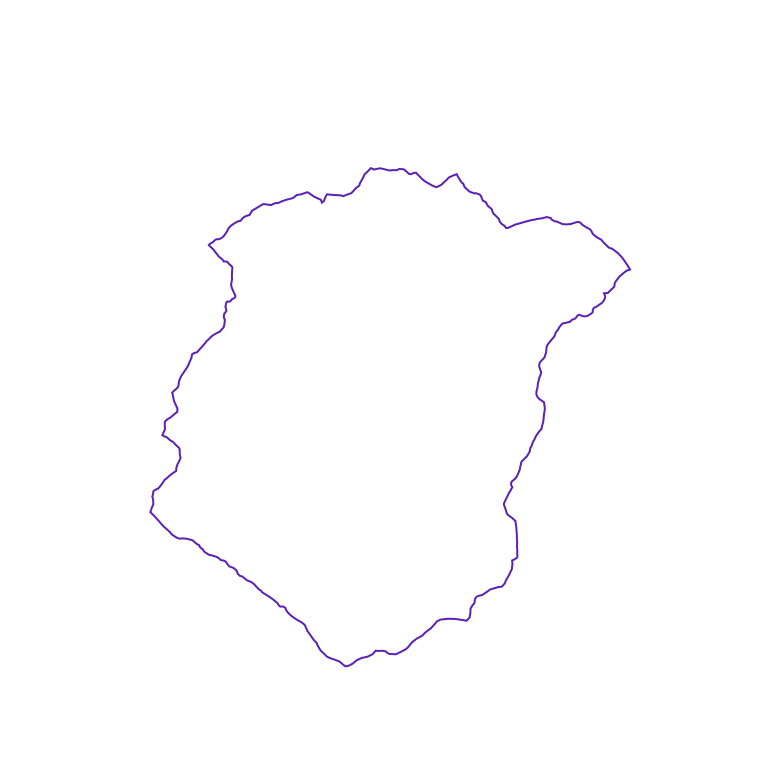 Kawang, Thimphu, Bhutan, rotated 42°
{"feature_id": "84629894B41784722800221", "entity_name": "Kawang", "entity_type": "district", "adm_level": 2, "iso_a3": "BTN", "parent_name": "Bhutan", "parent_adm1": "Thimphu", "projection": "robinson", "projection_center": [89.606, 27.573], "detail": "fine", "context": "isolated", "style": "outline", "palette": "violet", "viewbox_px": 768, "rotation_deg": 42, "n_neighbors": 0, "source": "geoboundaries", "source_scale": "gbopen_adm2", "svg_char_len": 6165}
<svg xmlns="http://www.w3.org/2000/svg" viewBox="0 0 768 768"><g transform="rotate(42 384 384)"><path d="M603.7,504.8L603.9,501.8L603.8,500.1L602.8,498.7L601.6,496.6L598.7,493.2L597.9,489.7L597.8,486.4L596.7,484.8L595.3,482.3L595.2,479.9L596.4,477.6L598.2,475.1L599.6,469.5L600.3,465.8L602.8,461.7L604.6,458.7L607.2,455.7L607.2,451.3L606.1,448.7L604.6,441.6L603.9,439.7L602.9,436.1L601.2,433.7L600.4,432.4L598.7,430.7L597.3,429.4L598.0,427.9L599.0,424.6L598.9,423.3L596.9,421.3L593.8,417.8L591.4,415.8L589.4,413.1L587.7,411.3L586.1,410.0L584.5,408.0L581.5,405.1L580.0,403.7L577.6,401.4L575.7,399.9L573.4,397.9L568.5,397.8L564.6,398.3L562.1,398.1L558.8,396.1L556.3,394.7L553.9,393.5L553.1,392.5L552.2,389.6L551.3,386.9L550.5,383.4L549.7,381.2L549.6,379.7L548.8,376.7L548.6,375.0L545.9,373.9L544.7,372.4L544.2,371.0L544.9,366.2L544.5,363.7L543.2,359.5L542.3,357.0L540.9,354.7L538.2,349.9L538.3,346.2L538.6,342.2L537.4,336.3L536.2,334.9L535.7,333.8L535.1,331.1L533.5,327.6L533.1,325.3L531.7,320.7L531.1,315.8L531.1,312.0L529.5,309.3L527.8,305.8L525.7,302.8L523.4,299.8L522.3,298.0L519.9,294.5L515.1,290.5L509.6,291.2L506.9,291.0L504.3,289.8L503.5,289.0L502.4,287.7L500.7,284.4L498.0,280.5L496.8,278.3L495.1,275.1L493.7,271.2L492.8,270.0L489.4,268.2L487.2,266.8L486.0,265.0L485.4,263.8L485.4,261.2L485.5,257.1L483.4,252.0L480.9,248.9L479.7,246.9L479.1,243.7L478.8,236.7L478.6,234.0L477.2,230.8L476.9,226.7L476.3,224.6L476.1,221.4L476.1,219.8L479.2,215.4L480.5,213.5L480.8,210.4L482.2,207.8L482.3,205.7L482.0,204.0L482.6,202.0L486.3,200.6L487.5,199.8L489.4,197.7L491.0,192.6L491.0,190.9L489.6,189.3L489.0,186.9L490.1,184.6L491.7,177.9L491.6,175.4L491.0,172.8L489.6,170.8L486.8,169.3L489.4,166.6L489.7,161.8L490.0,157.6L488.0,154.6L487.4,152.0L487.4,150.9L487.1,146.3L487.8,140.9L488.6,137.2L490.3,134.3L486.4,133.1L480.9,131.7L476.2,130.7L470.8,130.2L464.6,130.6L463.0,130.9L459.9,132.2L452.6,131.9L448.9,131.4L443.4,132.6L438.8,132.8L435.6,131.5L433.3,131.2L429.9,132.1L424.9,133.0L422.6,132.7L420.3,133.2L418.7,135.0L415.9,139.9L413.0,143.1L409.9,145.6L406.6,146.7L403.0,148.0L401.8,149.0L398.5,149.6L396.8,149.1L393.2,151.1L392.3,152.5L390.3,155.5L388.0,158.1L386.3,160.5L383.3,164.4L379.5,170.3L376.8,174.7L374.8,177.8L371.6,185.3L370.2,186.4L367.8,185.8L365.0,186.3L361.8,186.0L358.5,184.4L354.0,184.2L351.6,184.2L348.8,183.1L347.4,182.0L341.8,182.1L338.1,180.8L334.7,181.6L330.2,179.4L328.3,179.2L324.6,180.7L323.2,182.1L318.8,183.8L316.0,183.8L312.1,183.7L308.9,182.1L306.9,182.3L304.1,181.6L299.5,180.2L297.7,179.4L295.7,183.1L294.0,187.3L294.0,190.4L293.5,194.7L293.4,197.2L292.4,200.2L291.1,202.8L286.7,204.3L279.9,205.8L276.0,206.2L267.6,205.7L266.5,205.5L264.8,207.3L263.9,209.8L262.8,210.6L262.0,211.1L256.1,211.1L255.0,211.3L251.7,213.6L250.2,216.9L247.7,218.8L245.5,221.4L243.8,222.4L240.0,224.5L237.6,225.7L235.9,227.3L233.9,230.1L233.4,231.1L229.7,232.5L229.7,236.5L229.3,241.1L230.4,244.8L231.8,250.9L232.9,253.2L232.1,256.8L232.1,261.5L232.0,264.0L229.5,268.6L228.1,271.6L225.7,272.7L219.9,277.4L214.8,281.1L215.0,282.8L215.9,285.8L216.7,287.6L217.0,288.5L216.7,289.4L216.4,290.8L214.6,289.7L213.8,289.4L212.2,289.7L210.5,290.5L208.5,291.0L206.4,291.6L201.8,292.2L199.9,292.4L198.7,292.8L195.3,298.8L192.8,301.8L191.9,306.8L188.0,312.7L185.5,317.3L184.1,320.6L182.3,322.1L180.2,326.7L176.5,329.2L173.9,331.0L171.5,338.6L170.0,343.6L170.9,347.7L170.9,348.7L169.9,350.0L168.5,352.7L168.0,355.7L168.2,358.7L166.6,360.9L165.1,365.4L164.3,369.1L164.3,372.5L165.2,375.4L165.7,378.8L166.0,381.8L165.5,384.5L164.5,386.8L162.6,388.6L162.0,390.6L162.0,392.9L161.0,395.6L160.8,397.9L161.7,398.1L167.0,398.2L176.0,399.8L180.6,399.6L182.9,400.2L183.5,399.5L185.3,398.2L187.0,398.2L189.3,398.5L190.7,398.4L193.0,398.6L194.1,399.8L196.2,402.5L198.2,405.0L200.3,407.1L201.1,408.0L203.2,411.4L203.8,412.4L205.5,413.7L206.5,414.3L208.6,415.3L209.6,415.8L211.4,416.6L214.1,417.6L215.2,418.8L215.4,420.0L215.0,421.2L214.3,422.5L214.4,424.8L214.0,426.4L212.5,427.3L212.1,428.4L214.3,432.5L218.0,435.1L218.3,438.6L219.8,441.2L223.0,443.0L225.9,447.1L226.9,449.4L226.9,455.3L225.9,457.3L225.0,459.9L224.0,463.7L223.8,468.3L223.5,470.9L223.8,475.8L223.8,485.5L222.1,488.1L221.6,490.6L223.4,493.4L225.0,498.3L226.4,502.3L228.1,514.4L229.5,518.4L230.4,520.1L232.5,522.8L233.0,525.0L232.3,532.0L239.4,537.2L247.0,540.5L249.0,543.1L248.3,547.4L247.8,551.5L246.6,555.4L246.4,558.7L248.6,561.2L251.6,564.3L252.9,568.5L253.7,570.4L255.9,569.8L258.4,568.9L262.9,568.9L265.7,568.2L270.6,568.6L274.4,568.6L275.7,569.1L277.6,571.1L279.5,573.1L282.2,575.0L282.8,576.4L283.5,579.0L284.5,582.5L285.9,585.5L287.2,586.9L287.7,587.9L286.9,590.7L285.9,595.9L285.7,599.2L285.1,602.0L285.8,606.3L286.1,609.9L286.1,613.2L285.5,613.9L284.3,617.8L286.0,620.3L287.1,622.6L289.9,624.5L293.1,627.8L294.3,631.4L296.1,635.6L301.9,635.8L315.4,637.3L324.6,637.3L326.5,637.8L328.4,637.6L332.8,636.9L335.5,635.8L337.4,633.7L340.6,631.2L344.0,629.4L346.7,628.1L348.2,628.2L350.9,628.2L352.5,628.1L354.1,627.5L356.7,628.4L357.7,628.5L359.6,628.0L361.0,628.5L362.8,628.9L366.5,628.3L367.9,628.2L370.5,626.7L374.8,624.7L377.7,624.0L380.6,624.0L382.8,622.6L383.8,622.2L385.5,621.8L386.7,622.3L389.0,622.8L390.9,623.1L392.5,622.5L395.6,621.3L397.0,621.4L398.6,621.1L400.9,622.1L402.3,622.9L405.2,623.0L407.5,621.9L413.4,621.6L418.1,619.9L421.2,619.7L425.8,620.1L429.1,620.3L430.4,619.9L431.4,619.9L433.0,620.3L437.9,619.4L442.2,618.7L445.2,618.4L451.4,618.1L454.1,618.9L455.8,618.8L457.9,616.9L460.1,616.4L463.9,617.9L466.7,618.2L470.4,618.3L474.0,617.9L477.4,617.4L482.4,616.2L485.0,616.1L486.7,616.2L492.2,618.7L503.2,621.2L507.3,621.5L510.1,622.9L515.4,624.5L519.1,624.5L523.9,624.8L527.3,623.8L531.2,622.1L536.5,620.0L541.3,619.9L544.0,619.7L545.5,618.3L546.4,616.7L547.9,612.5L548.6,607.3L550.9,602.3L554.2,597.7L556.3,592.5L556.3,587.7L558.5,586.1L561.4,583.3L563.9,581.6L566.2,581.6L568.6,581.0L570.4,579.6L572.0,578.2L573.5,577.1L574.2,575.9L574.6,574.4L575.0,573.8L577.5,567.1L578.0,564.5L577.7,557.1L578.7,551.2L580.8,545.5L580.9,541.4L582.3,534.0L582.3,529.6L582.2,524.8L583.7,521.2L588.9,515.4L593.7,511.3L596.1,509.6L601.6,506.0L603.7,504.8Z" fill="none" stroke="#5b21b6" stroke-width="2"/></g></svg>